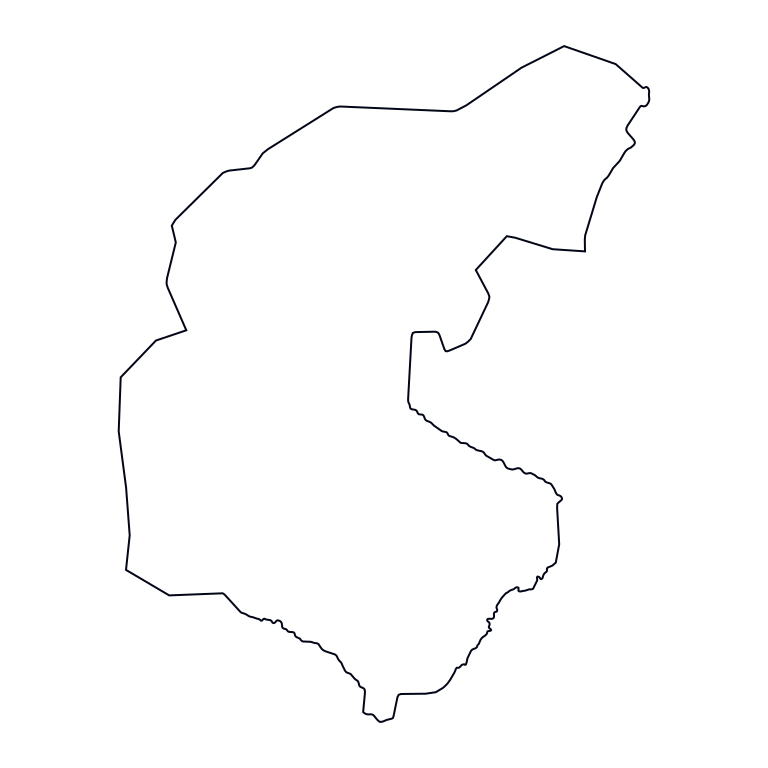 outline of Guéra
{"feature_id": "TCD-1474", "entity_name": "Guéra", "entity_type": "Prefecture", "adm_level": 1, "iso_a3": "TCD", "parent_name": "Chad", "parent_adm1": "", "projection": "natural_earth1", "projection_center": [19.056, 11.461], "detail": "fine", "context": "isolated", "style": "outline", "palette": "ink", "viewbox_px": 768, "rotation_deg": 0, "n_neighbors": 0, "source": "natural_earth", "source_scale": "10m", "svg_char_len": 5800}
<svg xmlns="http://www.w3.org/2000/svg" viewBox="0 0 768 768"><path d="M120.7,377.3L156.0,340.5L186.3,330.3L167.8,287.9L166.6,284.1L166.7,280.9L167.1,277.9L175.8,242.5L174.5,236.9L171.8,225.6L175.4,219.8L222.8,173.0L226.1,171.5L229.1,170.6L249.7,168.3L252.0,167.6L254.5,165.2L262.8,153.3L268.1,149.1L333.5,108.0L337.2,106.9L340.3,106.5L450.8,111.3L453.5,111.2L456.5,110.5L466.4,105.3L521.5,67.7L564.1,46.1L615.7,64.1L642.3,87.5L643.2,88.0L644.1,87.8L645.7,87.1L646.5,87.0L647.2,87.4L647.9,88.0L648.5,88.7L648.9,90.0L649.2,91.6L648.9,94.7L649.3,99.4L649.0,101.0L648.3,102.8L646.4,105.5L645.0,106.2L643.7,106.4L642.6,106.1L641.7,105.9L640.7,106.1L639.8,107.1L627.5,125.7L626.4,128.2L626.3,129.9L626.7,131.1L627.7,132.9L633.5,139.5L634.5,141.2L634.8,142.0L634.9,142.8L634.6,143.8L633.9,144.9L631.1,147.4L628.3,148.8L627.5,149.3L626.8,150.0L625.4,151.4L624.3,153.0L619.8,160.8L613.0,168.2L608.8,175.4L607.5,177.1L606.4,178.3L605.6,178.8L604.9,179.5L604.2,180.2L603.1,181.8L602.2,183.5L596.8,197.1L585.2,235.3L584.8,239.5L585.0,251.4L552.6,249.2L515.1,237.7L506.8,236.2L475.8,270.0L488.3,293.5L489.4,296.8L488.9,299.8L487.9,302.7L470.7,339.0L467.9,341.8L465.4,343.7L449.4,350.6L447.2,351.3L445.6,351.1L444.4,349.2L439.4,334.9L438.2,332.8L436.5,332.0L435.3,331.7L415.4,332.1L412.9,332.9L412.0,335.1L411.5,337.7L408.1,399.3L408.2,401.2L408.5,402.5L409.5,404.5L409.8,405.8L410.1,407.6L410.6,408.6L411.5,409.2L415.0,409.8L415.9,410.2L416.7,410.9L417.2,411.8L417.6,412.8L418.1,413.6L418.8,414.2L419.8,414.4L422.0,414.6L423.0,415.0L423.6,415.7L424.1,416.6L424.8,418.6L425.3,419.5L425.9,420.2L426.8,420.8L427.7,421.2L428.7,421.5L430.6,422.4L431.4,423.0L434.1,425.7L441.5,430.9L442.3,431.3L445.6,432.0L446.6,432.3L447.3,433.0L447.8,433.9L448.2,434.9L448.8,435.6L449.7,436.1L452.9,437.0L453.8,437.4L456.3,439.0L459.9,442.2L460.7,442.8L461.8,443.0L465.1,443.2L466.1,443.4L467.1,443.8L467.8,444.5L468.4,445.2L469.0,445.9L470.8,446.9L473.8,448.0L476.1,449.8L477.1,450.2L478.1,450.5L481.5,451.2L482.5,451.6L483.3,452.1L484.0,452.8L485.7,455.2L486.4,455.8L493.4,459.8L494.3,460.2L495.4,460.3L498.4,459.6L499.5,459.5L500.5,459.7L501.5,460.1L502.3,460.7L502.9,461.4L503.5,462.3L505.4,466.0L505.9,466.9L506.6,467.6L507.4,468.2L508.3,468.6L510.4,469.2L512.7,469.5L513.8,469.3L516.8,468.4L517.8,468.2L518.8,468.2L519.8,468.5L520.6,469.0L521.4,469.7L523.2,471.9L523.9,472.6L524.8,473.1L525.6,473.5L526.5,473.7L527.1,473.6L528.7,473.2L529.8,473.1L530.8,473.1L531.7,473.5L533.5,474.5L534.5,474.9L536.0,476.1L536.7,476.7L537.4,477.3L538.3,477.8L539.3,478.2L541.6,478.6L542.6,479.0L543.5,479.5L544.2,480.1L545.3,481.7L545.5,481.8L547.2,482.6L549.4,483.2L550.3,483.6L551.1,484.1L551.7,484.9L554.4,489.2L555.5,492.0L556.3,493.5L557.1,494.6L558.0,495.1L559.1,495.4L560.2,495.9L561.2,496.7L562.0,498.2L562.0,499.2L561.5,500.0L558.6,502.5L557.3,503.8L557.1,507.6L559.2,544.3L555.8,562.6L552.4,565.6L547.8,567.5L547.0,568.4L546.9,569.3L547.1,570.3L546.6,571.6L545.1,572.8L544.2,573.7L543.5,574.9L542.4,578.3L541.5,579.0L540.8,579.1L540.2,578.4L539.6,577.5L538.9,576.8L537.5,576.6L537.0,577.3L537.0,578.1L537.2,579.2L537.2,580.4L533.1,588.7L532.1,589.2L530.8,589.4L529.4,589.3L525.0,590.7L523.2,590.9L520.5,591.5L519.1,591.3L518.4,590.6L518.5,589.6L518.5,588.6L518.5,587.8L518.2,587.6L517.7,587.4L516.5,587.3L515.3,587.9L513.8,589.1L512.4,589.7L510.6,590.3L509.3,591.0L507.7,592.4L506.1,593.1L504.9,594.3L501.9,597.7L500.0,600.5L499.2,602.2L497.3,604.8L496.6,606.4L496.5,607.7L497.2,609.8L497.1,611.0L496.4,611.7L495.2,611.9L494.4,612.5L494.0,613.3L493.9,614.3L494.0,615.4L494.0,616.6L493.6,618.0L492.7,618.6L491.8,618.9L489.4,618.7L487.9,618.9L487.2,619.7L487.2,620.6L487.7,621.3L488.5,621.9L489.2,622.6L489.6,623.5L489.6,624.7L489.1,626.0L488.8,627.0L489.0,627.8L490.6,629.1L491.1,630.1L490.6,630.7L489.7,630.9L488.7,631.0L487.5,631.4L487.2,632.3L486.9,633.6L486.1,634.7L484.9,635.7L482.6,637.3L481.5,638.4L480.6,639.7L479.9,641.2L479.0,643.6L477.5,645.3L476.9,647.1L476.1,647.9L475.1,648.5L473.8,648.8L472.1,649.7L471.2,650.7L470.6,651.7L467.4,658.4L466.7,662.0L465.9,664.5L465.2,664.8L464.7,664.7L464.2,664.3L463.2,664.4L461.7,665.0L459.9,667.0L458.7,667.8L457.8,667.8L457.0,667.7L456.4,668.2L455.8,669.0L455.1,671.1L453.9,673.5L452.9,675.1L450.5,679.3L447.7,683.3L445.0,686.1L442.8,688.0L435.8,692.2L425.7,693.7L400.9,694.0L398.7,694.8L397.5,697.0L393.5,716.4L392.8,718.1L391.7,718.7L386.7,719.9L383.0,721.5L381.0,721.9L379.6,721.8L377.4,719.9L373.7,715.4L372.9,714.8L371.8,714.4L370.4,714.3L368.5,714.4L367.1,714.3L366.0,714.0L364.2,713.0L363.6,712.5L363.2,712.1L363.2,711.6L364.9,693.3L364.9,691.5L364.8,690.3L364.5,689.3L363.8,688.5L363.0,688.0L361.1,687.2L360.2,686.7L359.6,686.0L359.1,685.0L358.6,682.8L358.2,681.8L357.7,681.0L355.3,679.3L354.6,678.7L350.8,674.2L350.0,673.7L349.0,673.3L348.0,673.0L347.0,672.6L346.2,672.1L345.1,670.8L342.7,666.0L341.5,663.1L340.9,662.3L339.5,660.9L338.3,659.4L337.0,656.6L336.5,655.7L335.8,655.1L335.1,654.5L325.2,651.2L323.4,650.3L322.0,649.1L320.7,647.5L318.6,644.2L317.7,643.6L316.5,643.2L314.6,643.0L310.8,641.8L303.2,641.5L302.2,641.2L301.4,640.6L300.7,639.8L300.0,638.7L296.3,637.0L295.6,636.3L295.1,635.5L294.5,633.3L293.8,632.5L292.7,632.1L289.1,631.9L288.0,631.4L286.8,629.9L286.0,629.2L284.4,628.8L283.4,628.4L282.5,627.7L282.2,626.7L281.9,624.2L281.7,623.1L281.2,622.2L280.4,621.3L279.4,620.8L277.8,620.3L276.8,620.6L276.0,621.4L275.3,622.2L274.3,623.0L273.4,623.1L272.6,622.7L271.4,620.9L270.4,620.2L266.7,619.6L265.4,619.2L264.3,618.7L263.5,619.0L261.9,620.6L261.1,620.7L260.4,620.2L259.6,619.5L258.7,619.0L257.1,618.7L252.8,617.2L250.0,616.6L249.0,616.2L246.5,614.6L244.7,613.7L242.6,613.1L241.5,612.7L240.4,611.9L225.1,595.1L223.9,594.0L222.6,593.3L169.2,595.4L126.0,569.9L129.7,535.3L126.1,487.7L118.7,431.4L120.7,377.3Z" fill="none" stroke="#020617" stroke-width="2"/></svg>